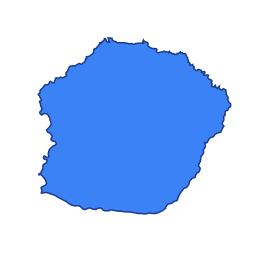 the district of Rio Sono, Tocantins, Brazil, rotated 283°
{"feature_id": "56859067B84036552664614", "entity_name": "Rio Sono", "entity_type": "district", "adm_level": 2, "iso_a3": "BRA", "parent_name": "Brazil", "parent_adm1": "Tocantins", "projection": "robinson", "projection_center": [-47.503, -9.644], "detail": "fine", "context": "isolated", "style": "filled", "palette": "blue", "viewbox_px": 256, "rotation_deg": 283, "n_neighbors": 0, "source": "geoboundaries", "source_scale": "gbopen_adm2", "svg_char_len": 5792}
<svg xmlns="http://www.w3.org/2000/svg" viewBox="0 0 256 256"><g transform="rotate(283 128 128)"><path d="M58.2,182.7L59.3,182.5L60.4,183.0L61.3,183.2L62.4,183.7L62.9,184.2L63.9,186.5L64.6,187.6L65.6,188.6L66.7,189.3L67.3,189.8L68.2,191.9L69.0,192.4L70.2,192.3L73.6,192.8L75.0,193.1L80.0,195.2L81.7,196.1L82.3,196.7L82.8,198.0L83.7,198.7L86.3,199.8L87.0,199.9L89.6,200.0L91.6,200.7L92.1,201.3L92.8,201.3L93.6,202.0L94.3,203.6L94.8,204.2L95.5,204.6L96.3,204.3L98.1,204.8L98.9,205.2L99.7,205.2L100.4,206.3L101.3,207.1L102.9,207.3L103.5,207.5L104.3,207.5L105.7,206.8L107.1,205.1L107.9,205.0L108.7,205.4L110.1,205.3L111.2,206.0L112.2,205.7L113.1,206.0L115.6,205.5L116.5,205.6L119.2,206.8L121.0,207.3L123.5,206.4L124.3,206.4L126.1,207.4L127.7,207.4L129.5,206.7L130.5,205.8L131.1,206.2L131.0,206.9L131.2,207.9L131.9,208.4L136.0,209.6L137.6,211.0L138.7,213.2L141.2,214.1L142.0,215.0L143.0,215.8L144.3,218.6L145.0,219.3L147.3,219.8L148.3,219.9L149.9,220.4L151.3,221.1L151.9,220.5L152.4,219.3L153.2,218.7L154.3,218.6L156.7,219.5L158.2,219.4L159.0,219.2L159.8,218.6L161.7,219.2L162.4,219.8L163.5,219.4L166.1,219.0L167.0,219.8L167.3,220.7L168.4,221.4L169.5,221.4L170.4,221.8L171.0,222.5L172.0,223.0L173.7,222.9L174.8,222.4L175.5,220.8L176.4,220.1L176.9,219.3L177.9,218.9L179.3,218.9L180.6,218.4L182.5,216.4L184.0,215.7L184.7,215.6L185.9,215.1L187.2,214.7L187.3,213.6L187.6,213.0L187.7,212.3L187.0,211.3L185.9,211.0L185.9,210.2L186.4,209.5L187.1,208.2L187.9,207.6L189.2,207.6L188.5,207.0L187.5,206.4L186.6,206.3L187.0,205.4L187.3,204.0L188.5,204.1L189.3,203.3L188.6,203.1L187.7,202.7L187.3,201.9L187.3,201.2L187.5,200.1L188.4,200.0L190.1,200.0L190.7,198.9L191.3,198.8L192.2,199.4L193.1,199.0L193.7,197.8L193.9,195.7L194.7,194.7L195.3,194.3L197.5,194.6L197.5,192.8L196.7,191.2L196.7,189.6L198.0,189.9L198.8,190.5L199.9,190.3L200.1,189.3L199.6,188.6L198.5,187.7L198.8,187.0L199.8,187.3L200.7,185.9L201.0,184.9L200.8,183.0L199.7,182.6L199.3,181.3L200.1,180.0L200.2,179.2L201.6,178.5L202.2,178.9L203.5,176.9L204.4,176.7L203.9,175.8L203.2,175.1L203.6,173.8L205.0,173.8L205.8,172.8L205.8,171.8L207.5,171.6L208.5,170.5L209.5,170.5L210.3,169.5L212.6,168.0L213.3,166.9L213.0,166.3L212.8,164.6L213.7,164.1L213.0,162.8L214.0,161.8L212.4,160.9L212.0,160.5L211.8,159.2L210.8,159.3L210.1,156.3L210.8,155.7L210.4,155.0L210.5,154.3L211.4,151.7L212.0,151.2L211.5,150.8L210.7,150.9L211.0,150.2L210.8,149.5L211.0,148.1L210.6,146.7L211.0,145.9L209.9,144.4L209.5,143.2L208.3,141.1L208.2,139.8L208.3,139.1L209.2,138.3L210.3,138.6L211.3,138.4L211.7,137.5L211.1,135.3L211.0,133.3L211.2,132.4L211.3,131.1L211.9,130.5L212.2,129.3L213.0,128.8L214.9,128.5L215.5,128.0L215.8,127.2L215.7,125.9L216.0,124.8L216.6,123.7L217.2,123.2L215.2,123.0L214.7,123.6L214.2,123.9L213.1,119.6L211.8,115.9L211.0,115.4L210.8,114.5L210.9,113.8L211.2,112.9L210.6,111.7L210.3,110.6L210.4,108.6L210.2,108.0L210.4,107.2L210.0,106.5L210.3,105.3L209.9,103.6L209.5,102.4L209.4,101.1L208.8,99.4L208.7,98.4L209.5,96.4L209.4,94.7L210.3,92.9L211.9,92.1L211.6,91.0L211.6,89.8L211.2,88.3L209.3,89.4L207.7,89.9L207.4,90.5L207.1,89.6L207.6,88.8L207.6,87.8L210.1,85.8L209.7,84.9L209.0,85.2L206.9,84.4L206.7,83.5L204.8,83.0L204.9,81.7L204.5,81.2L203.9,81.9L203.0,81.2L201.3,80.4L200.2,79.8L199.6,79.7L198.2,78.8L197.7,77.5L196.5,77.0L194.4,77.6L192.6,77.0L189.5,74.5L189.0,73.8L188.1,71.4L186.6,72.1L185.8,71.1L183.9,71.2L182.9,71.0L182.2,70.5L181.3,69.5L180.3,69.0L179.8,68.6L179.5,67.9L179.8,67.1L179.9,65.9L178.0,63.8L176.6,62.5L176.4,61.9L176.4,60.5L176.1,59.6L175.6,59.1L175.2,57.6L174.3,57.1L170.9,56.4L169.7,56.4L168.7,55.6L167.6,55.1L166.8,55.3L166.1,55.7L165.4,56.3L164.4,55.9L162.6,53.6L162.2,52.5L162.5,51.1L162.2,50.6L161.0,49.7L161.0,48.8L160.7,47.1L160.3,46.3L158.8,46.4L158.0,45.9L156.1,46.0L155.4,45.8L155.1,45.3L155.1,44.6L156.0,42.1L155.4,41.2L153.7,41.1L153.0,40.9L152.4,40.4L152.0,39.6L151.5,37.9L151.1,37.2L148.0,35.9L145.5,34.2L144.8,33.9L142.5,34.3L141.3,33.3L140.7,33.0L139.9,33.6L139.1,34.8L138.0,35.5L136.5,36.8L135.9,37.2L135.1,37.3L134.6,36.7L134.1,35.8L133.3,36.1L132.2,37.1L130.3,37.8L128.2,39.2L127.7,40.0L126.4,39.6L125.4,39.6L124.0,38.6L123.2,38.6L122.6,38.8L121.7,39.9L121.3,40.5L121.5,41.4L122.9,42.4L123.4,43.1L123.3,44.8L123.4,46.3L123.1,46.9L121.7,47.8L120.6,49.2L118.3,50.2L114.9,52.4L114.1,52.4L111.9,51.6L107.9,49.2L107.3,49.4L106.1,50.4L105.8,51.2L105.6,52.7L105.3,53.4L104.6,54.1L103.0,56.0L102.4,56.1L101.0,55.5L100.1,55.4L99.2,55.6L98.7,56.4L98.4,57.6L98.5,59.3L98.3,60.1L97.4,61.3L96.7,61.5L96.0,61.5L95.1,60.9L94.5,60.4L93.4,58.9L92.7,58.3L90.7,57.0L89.4,56.3L87.4,56.0L85.0,56.1L84.1,56.3L83.3,57.1L82.4,57.2L81.6,56.9L81.2,56.1L81.5,54.2L82.0,52.7L81.4,52.3L80.7,52.2L80.0,52.2L79.4,52.5L79.0,53.2L78.8,53.8L78.8,55.8L78.6,56.5L77.8,56.5L75.3,56.0L73.7,54.1L73.2,53.7L72.4,53.6L71.4,53.7L70.2,54.1L68.4,54.2L66.2,53.3L64.8,53.2L64.3,52.9L63.5,51.8L63.0,51.5L62.4,51.6L62.5,52.3L62.9,53.1L63.0,53.8L62.0,55.2L61.5,56.1L59.2,58.9L56.1,61.0L55.5,61.1L54.0,60.6L53.1,59.6L51.7,57.8L50.5,56.7L49.6,57.0L48.3,58.0L47.2,58.2L45.2,58.1L45.2,58.9L46.3,61.5L46.6,62.1L46.8,63.7L46.8,65.5L46.2,68.3L46.2,70.9L46.1,71.8L44.7,75.5L43.5,80.4L42.2,85.2L41.3,86.7L40.4,89.5L40.1,91.2L40.2,92.9L40.4,94.6L40.9,96.2L41.1,98.1L40.9,98.9L40.5,99.6L39.2,101.8L38.8,102.9L38.8,104.1L39.3,105.2L40.9,107.3L41.5,108.6L41.5,109.4L41.1,112.0L41.1,113.6L41.4,114.7L41.9,115.5L43.1,117.0L43.4,117.6L43.7,118.5L43.9,119.5L43.8,120.3L42.6,122.0L42.2,122.9L42.1,123.9L42.9,127.4L43.6,128.8L44.3,129.6L44.5,130.5L44.5,132.3L44.7,136.7L45.4,140.3L45.5,141.3L45.5,142.9L46.1,146.5L46.6,148.6L47.1,156.4L47.0,157.5L47.3,158.1L47.7,160.5L48.0,163.7L48.5,165.2L49.6,166.8L50.0,168.1L50.2,170.4L50.5,172.7L51.3,174.8L52.0,175.7L52.3,176.5L54.7,179.6L55.8,180.7L56.4,181.2L57.2,181.6L58.2,182.7Z" fill="#3b82f6" stroke="#1e3a8a" stroke-width="1.5"/></g></svg>